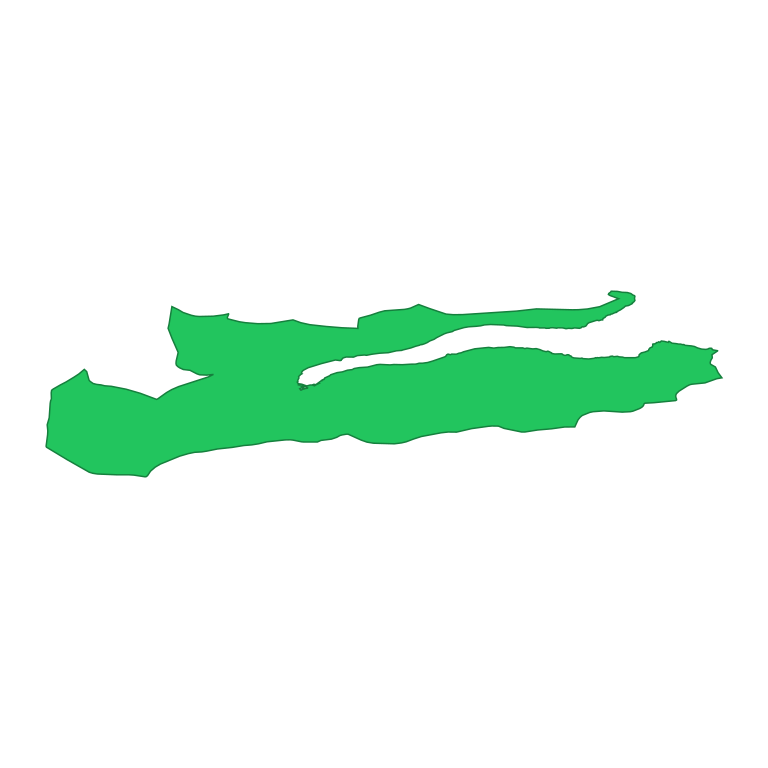 outline of Seyðisfjarðarkaupstaður, Austurland, Iceland
{"feature_id": "244011B63317643398592", "entity_name": "Seyðisfjarðarkaupstaður", "entity_type": "district", "adm_level": 2, "iso_a3": "ISL", "parent_name": "Iceland", "parent_adm1": "Austurland", "projection": "equal_earth", "projection_center": [-13.887, 65.265], "detail": "fine", "context": "isolated", "style": "filled", "palette": "green", "viewbox_px": 768, "rotation_deg": 0, "n_neighbors": 0, "source": "geoboundaries", "source_scale": "gbopen_adm2", "svg_char_len": 6094}
<svg xmlns="http://www.w3.org/2000/svg" viewBox="0 0 768 768"><path d="M718.2,350.8L713.1,349.9L712.1,349.4L711.9,348.5L711.2,348.2L709.2,348.3L707.6,349.1L705.8,349.4L701.7,349.1L697.5,347.9L694.5,346.5L691.3,345.9L685.0,345.3L683.8,344.5L683.0,344.7L680.5,344.1L678.7,344.1L676.1,343.6L672.0,343.2L669.2,341.4L668.7,341.4L668.2,342.4L664.4,341.4L661.3,341.0L659.8,342.4L658.8,341.8L657.7,342.5L656.4,342.6L655.9,343.4L654.6,343.9L653.0,344.0L652.7,344.2L652.8,345.3L652.3,346.9L650.0,347.9L648.8,349.4L648.6,350.3L648.2,350.7L644.9,352.0L641.3,352.9L639.5,354.4L639.1,354.9L639.0,356.0L638.7,356.6L637.6,357.1L635.1,357.7L624.6,357.7L622.5,357.1L619.4,356.9L617.4,356.3L613.9,356.7L612.3,356.1L610.1,356.4L609.6,357.0L604.2,357.5L601.5,357.3L598.7,357.8L597.1,357.6L596.3,358.0L595.6,357.7L594.1,358.3L588.7,359.0L582.9,358.6L582.0,358.1L580.2,358.4L573.8,357.9L572.2,357.3L571.3,356.6L571.1,356.1L569.3,355.5L569.0,354.9L568.7,354.8L567.1,354.7L566.3,355.2L565.0,355.4L563.4,355.0L562.0,353.9L561.3,353.8L554.9,354.0L551.9,353.5L551.6,353.4L551.6,352.9L548.4,351.3L547.5,351.2L546.2,351.7L545.3,351.5L542.9,350.9L539.9,349.6L536.2,348.6L532.8,348.9L526.9,348.1L524.8,348.6L522.8,347.9L515.4,347.9L514.0,347.2L510.0,346.7L504.2,347.4L498.0,347.5L493.8,348.1L488.7,347.4L474.8,348.8L463.5,351.8L461.2,352.8L458.9,353.2L456.3,354.2L451.7,354.1L450.5,354.7L448.0,354.1L446.7,354.8L445.7,356.3L444.7,356.9L432.5,361.1L427.7,362.5L422.6,363.2L419.2,363.2L415.9,364.1L410.4,364.2L402.4,364.7L393.9,364.5L390.0,364.9L380.0,364.4L376.8,364.7L367.5,367.1L359.5,367.6L354.2,368.5L352.2,369.6L347.4,370.2L342.3,371.9L337.2,372.6L330.8,374.7L329.7,375.7L324.7,378.0L324.5,378.5L324.1,379.4L323.7,379.6L323.4,379.4L321.7,380.3L321.9,380.6L321.2,380.8L318.4,382.8L319.0,382.8L319.3,383.2L318.6,383.2L317.7,383.8L317.4,383.7L316.9,384.0L317.3,384.2L314.5,385.4L313.2,385.0L313.9,384.4L315.6,384.6L313.9,384.3L312.6,384.8L313.8,385.4L314.8,385.6L314.5,385.8L312.0,385.0L310.2,385.0L306.5,386.0L306.1,385.7L305.5,385.9L304.1,386.6L306.2,386.8L307.6,387.9L307.5,388.2L305.4,388.5L301.5,389.8L301.3,390.1L300.7,390.1L299.7,388.7L301.7,387.9L303.3,388.3L304.3,388.2L302.6,387.5L302.6,387.2L303.7,386.9L303.5,386.7L302.1,386.9L301.3,386.2L304.6,385.2L301.5,384.1L299.2,385.1L298.7,384.9L300.6,383.8L299.3,383.9L298.1,383.6L297.2,382.1L297.4,381.7L298.5,381.8L297.5,381.5L298.2,379.2L298.7,378.6L298.9,377.9L298.6,376.6L300.7,374.5L301.9,373.8L301.5,373.6L301.9,371.7L303.3,370.3L308.2,367.7L321.4,363.6L335.4,360.0L340.1,360.6L341.2,360.3L341.5,359.4L342.4,358.9L342.8,358.2L343.5,357.8L346.3,357.0L353.6,357.1L357.3,355.6L364.4,355.0L366.5,355.3L372.1,354.2L379.7,353.2L388.3,352.7L396.5,350.8L401.8,350.4L402.3,350.1L411.0,347.9L415.8,346.2L419.3,345.3L421.2,344.4L421.7,344.7L424.7,343.7L427.4,342.5L429.7,341.0L434.1,339.3L436.9,337.5L444.1,333.9L446.8,332.9L452.3,331.6L454.3,330.4L464.0,327.6L468.6,326.8L476.2,326.3L480.7,325.8L484.5,324.9L490.5,324.5L503.8,325.0L506.2,325.6L517.3,326.1L527.0,327.5L536.3,327.4L539.1,327.6L539.3,327.9L544.9,327.9L546.0,328.3L549.5,328.2L550.3,327.8L552.7,327.7L556.8,328.2L557.9,327.8L562.8,327.9L566.0,328.7L568.6,328.3L571.9,328.5L574.6,327.9L579.6,328.3L581.4,327.6L582.2,326.7L583.6,326.9L585.5,326.2L586.1,325.8L587.6,323.6L589.0,322.7L596.3,320.4L597.9,320.3L598.9,320.7L601.3,319.9L602.7,319.9L603.0,318.5L605.0,317.4L606.0,316.1L608.0,315.1L610.4,314.7L610.5,314.3L611.0,314.1L612.0,314.0L614.8,312.7L616.3,312.4L616.3,311.9L617.2,311.8L618.3,310.9L620.4,309.9L623.9,307.5L625.4,306.1L628.6,305.5L632.1,303.7L632.4,303.4L632.2,303.1L634.0,301.7L634.9,300.5L634.5,298.4L634.9,296.2L634.4,295.6L633.0,295.1L630.8,293.5L627.2,292.5L622.1,292.3L617.5,291.4L611.2,291.2L610.5,292.2L608.7,293.5L608.4,294.5L610.0,295.5L618.6,298.7L599.7,306.7L587.3,309.0L578.4,309.7L572.4,309.8L536.5,308.9L516.5,311.1L462.7,314.6L453.3,314.7L446.1,314.1L429.7,308.6L418.6,304.5L410.5,308.1L407.8,308.8L404.4,309.4L384.7,310.8L379.3,312.2L370.5,315.2L360.4,317.9L359.2,318.4L358.7,319.6L357.8,326.2L357.9,328.4L342.5,327.8L326.4,326.5L309.9,324.7L300.8,322.7L293.0,319.9L270.9,323.5L257.8,323.7L245.5,322.7L239.5,321.8L228.0,318.9L227.4,318.2L227.4,317.2L228.6,314.3L228.5,313.8L223.6,314.9L213.3,316.2L199.3,316.5L195.5,316.2L191.4,315.3L183.1,312.5L178.4,309.7L171.9,306.6L169.1,324.0L168.1,328.3L171.9,338.1L178.0,352.0L178.1,352.8L176.2,360.9L176.0,363.3L176.3,365.0L177.7,366.5L179.6,367.8L183.3,369.5L190.0,370.3L196.8,373.8L199.7,374.8L206.8,375.1L213.5,374.4L208.5,376.9L178.6,386.6L171.7,389.6L166.5,392.6L157.7,398.9L156.6,399.4L140.3,393.3L126.1,389.2L111.3,386.3L104.8,385.8L101.0,384.9L96.6,384.4L93.1,383.5L89.9,381.2L89.0,380.0L86.7,371.6L84.3,369.4L78.8,374.0L74.1,377.1L66.0,382.0L60.6,384.8L53.1,389.1L51.6,390.3L51.2,392.9L51.4,398.9L50.6,400.9L50.2,403.3L49.2,417.8L47.2,424.8L47.8,430.9L47.6,434.7L46.1,446.2L46.5,447.2L67.2,459.7L89.2,472.2L92.9,473.3L97.4,474.0L117.1,474.8L129.1,474.8L133.9,475.1L145.0,476.8L146.1,476.7L147.5,475.7L150.5,471.2L155.1,467.2L160.3,464.1L179.5,456.2L188.4,453.6L194.7,452.3L201.8,451.9L206.9,451.1L217.3,449.0L232.2,447.4L243.9,445.5L251.6,444.9L258.6,443.8L267.0,441.8L285.3,439.9L290.2,439.8L293.0,440.1L301.5,441.8L303.8,442.0L317.4,442.0L321.0,440.4L331.5,439.1L336.8,437.3L340.0,435.5L342.2,434.9L346.3,434.2L348.1,434.2L361.2,440.1L366.9,442.1L373.4,443.2L394.4,443.8L401.5,442.9L406.2,441.8L413.6,439.0L421.4,436.5L441.1,432.8L448.2,432.0L456.6,432.1L471.7,428.6L488.3,426.3L492.0,426.0L498.4,426.1L504.1,428.4L521.6,432.0L524.8,432.0L537.6,430.0L551.6,428.8L564.6,427.0L574.8,426.9L578.0,419.9L580.0,417.4L581.9,415.7L583.1,415.1L589.8,412.4L593.1,411.7L603.9,410.9L622.2,412.1L630.3,411.7L632.8,411.2L639.7,408.5L641.9,407.2L643.4,405.7L644.1,403.8L644.9,403.2L653.9,402.7L675.5,400.6L676.5,400.1L676.6,399.3L675.9,397.4L675.7,395.9L676.1,394.3L676.9,393.2L679.1,391.1L687.0,386.1L689.8,384.7L692.0,384.2L705.0,382.9L716.8,378.7L721.9,377.8L718.1,372.7L715.4,367.0L710.7,364.3L710.3,363.5L710.2,362.4L710.8,360.4L712.3,357.8L712.0,354.7L717.8,350.8L718.2,350.8Z" fill="#22c55e" stroke="#15803d" stroke-width="1.5"/></svg>